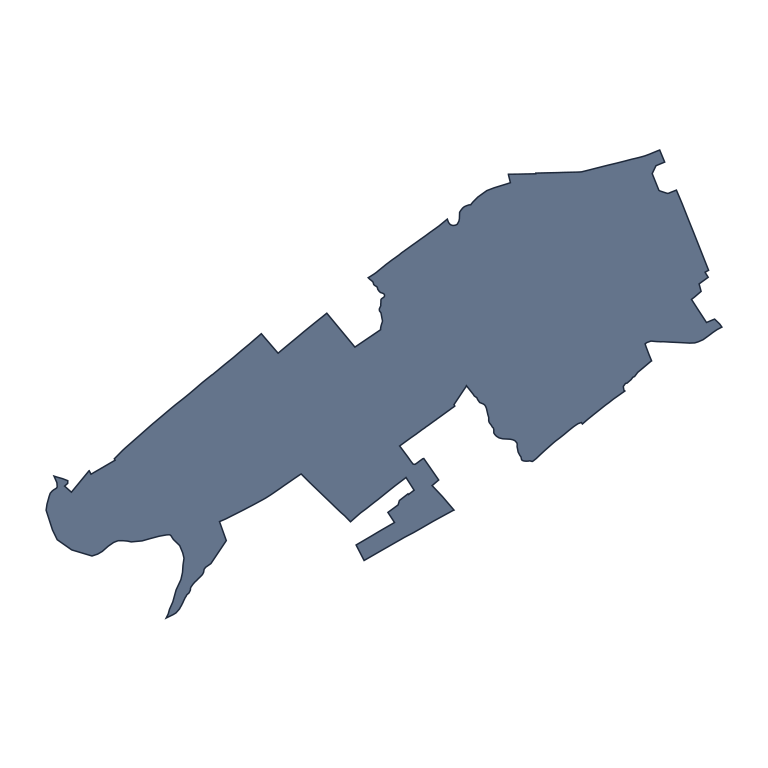 Clinceni, Ilfov, Romania
{"feature_id": "2599482B71461276901168", "entity_name": "Clinceni", "entity_type": "district", "adm_level": 2, "iso_a3": "ROU", "parent_name": "Romania", "parent_adm1": "Ilfov", "projection": "mercator", "projection_center": [25.929, 44.377], "detail": "fine", "context": "isolated", "style": "filled", "palette": "slate", "viewbox_px": 768, "rotation_deg": 0, "n_neighbors": 0, "source": "geoboundaries", "source_scale": "gbopen_adm2", "svg_char_len": 6106}
<svg xmlns="http://www.w3.org/2000/svg" viewBox="0 0 768 768"><path d="M54.0,476.1L56.9,482.7L57.2,486.8L56.6,488.0L55.4,488.8L53.7,489.8L52.1,491.1L50.2,493.3L49.1,496.5L47.0,504.1L46.1,510.2L52.5,530.0L57.2,539.7L71.7,549.9L92.0,556.0L97.7,554.1L102.3,551.4L108.2,546.2L113.7,542.4L118.1,540.7L123.1,540.7L127.5,541.1L131.2,541.9L142.1,540.9L150.5,538.5L159.2,536.2L166.6,534.9L168.3,534.8L169.8,534.8L171.0,535.7L172.1,537.5L173.4,539.5L176.1,542.1L179.7,545.6L182.7,552.8L184.0,558.2L183.0,565.1L182.5,572.5L180.9,579.6L176.1,589.9L172.8,601.9L169.5,609.3L168.2,614.0L166.2,618.0L173.2,614.6L176.0,612.9L179.6,608.8L180.5,607.0L181.4,605.6L182.0,604.3L182.9,602.6L183.7,600.7L184.5,599.1L185.0,598.0L185.4,597.3L186.0,596.5L186.6,595.1L187.7,594.0L188.7,593.3L189.2,592.5L189.8,591.3L190.4,590.0L190.5,588.2L190.9,587.2L191.5,586.3L192.9,584.3L194.9,582.0L196.6,580.5L198.1,578.9L200.6,576.5L202.4,574.6L203.6,572.3L204.1,569.3L205.6,567.3L210.9,563.6L226.3,540.6L219.5,521.6L223.3,520.0L225.1,519.2L225.6,519.0L231.5,516.0L235.9,513.8L243.8,509.8L247.2,508.0L252.6,505.2L262.4,499.9L265.6,498.1L270.5,495.0L273.6,492.9L280.7,488.0L283.9,485.7L290.2,481.4L294.2,478.6L300.4,474.4L301.2,474.0L309.9,482.7L333.1,505.0L334.2,506.1L340.9,512.5L344.6,515.7L350.5,521.8L355.8,517.1L360.6,512.9L366.3,508.7L370.3,505.5L374.6,502.1L377.8,499.7L388.8,490.8L395.2,485.7L405.8,477.7L406.0,477.5L412.2,487.2L414.1,490.2L408.5,494.5L408.0,493.8L399.4,500.5L398.1,504.9L387.9,512.4L394.5,522.5L389.5,525.4L382.9,529.2L377.6,532.3L371.6,535.9L358.1,543.8L356.1,545.0L364.1,560.5L379.9,551.4L383.4,549.4L391.8,544.6L395.8,542.3L399.9,540.0L404.2,537.5L407.6,535.7L413.4,532.7L420.6,528.6L430.6,522.8L433.2,521.3L446.0,514.3L447.1,513.7L449.0,512.7L452.8,510.6L454.0,510.1L442.4,496.5L432.1,485.6L438.7,480.0L423.8,458.5L422.7,458.8L420.2,460.6L417.0,463.0L415.7,463.9L415.2,464.3L414.2,464.3L413.1,464.1L411.2,461.7L407.6,456.6L403.7,451.4L400.9,447.6L399.6,446.0L411.4,437.4L412.3,436.8L413.7,435.8L416.2,434.1L417.6,433.0L418.3,432.5L419.3,431.8L420.2,431.1L420.9,430.6L421.2,430.3L421.9,429.8L422.7,429.3L423.2,428.9L424.0,428.4L424.7,427.9L425.4,427.4L425.9,426.9L427.3,426.0L429.3,424.6L430.1,424.0L431.0,423.3L431.4,423.1L432.5,422.2L433.3,421.7L434.5,420.8L435.2,420.3L436.3,419.6L437.2,418.8L438.2,418.1L438.4,418.0L447.5,411.4L449.2,410.2L450.0,409.6L451.2,408.7L452.0,408.1L452.8,407.6L454.8,406.1L454.0,404.6L464.4,389.0L465.8,387.0L466.4,385.7L467.3,386.8L473.2,394.3L474.3,396.0L476.8,397.7L477.7,399.7L479.7,402.5L483.3,404.0L484.6,404.9L485.5,406.2L486.4,408.3L487.9,414.8L488.7,417.4L488.7,420.8L489.2,422.4L489.8,423.3L490.6,424.3L491.6,425.7L492.3,427.0L493.3,427.9L493.8,429.5L493.8,432.9L494.8,434.5L496.4,436.2L499.1,437.9L502.7,438.8L510.1,439.2L512.6,439.7L514.8,440.6L516.8,442.8L517.2,444.0L517.1,446.8L517.7,449.7L518.1,452.0L519.7,455.1L521.0,457.0L521.5,459.5L522.2,460.4L524.0,461.0L526.2,461.2L528.3,461.1L529.7,460.8L532.2,461.5L533.0,461.1L536.2,458.6L540.8,454.2L544.8,450.5L553.5,442.8L555.4,441.2L559.8,437.9L564.2,434.4L569.2,430.2L572.2,427.8L574.0,426.4L576.2,424.9L578.0,423.7L579.1,423.3L581.3,422.5L582.4,424.0L587.7,419.4L595.1,413.4L595.4,413.2L605.4,405.2L609.0,402.6L613.4,399.1L617.1,396.5L624.9,391.0L624.6,390.7L624.0,390.5L623.4,387.2L623.4,386.3L625.5,383.4L627.1,383.1L631.2,379.5L632.8,377.3L634.6,376.5L637.7,372.4L643.8,367.3L650.9,361.3L651.6,360.9L648.9,354.3L646.0,346.6L645.1,343.9L646.7,342.6L650.9,341.1L652.5,341.2L653.3,341.3L656.8,341.6L659.8,341.7L660.2,341.8L662.9,341.7L665.0,341.8L669.7,342.1L674.1,342.3L682.4,342.7L688.2,343.0L689.4,343.1L694.8,342.9L698.3,341.8L703.1,339.7L705.6,337.9L706.7,337.1L711.3,333.7L711.7,333.4L712.4,332.8L717.1,329.6L721.9,327.1L719.7,324.0L714.6,319.1L712.4,320.0L706.5,322.5L698.0,309.5L691.5,299.4L694.6,297.0L701.1,291.4L699.1,283.9L708.2,277.3L705.5,273.0L705.1,272.2L708.6,270.3L693.2,231.4L689.2,221.5L682.2,203.8L680.1,198.8L676.4,190.1L670.3,192.5L668.8,193.2L667.9,193.3L667.4,193.4L660.1,191.0L658.9,190.3L652.2,173.6L656.0,165.7L664.7,162.1L659.7,150.0L659.2,150.2L656.9,151.1L651.8,153.2L649.4,154.2L646.7,155.2L644.8,155.9L642.0,156.7L639.0,157.5L635.3,158.4L632.2,159.1L629.1,159.9L625.0,161.0L616.7,163.1L608.7,165.0L604.3,166.1L598.4,167.6L595.6,168.3L592.9,169.0L590.2,169.7L584.2,171.2L583.3,171.4L581.8,171.8L580.8,171.9L579.4,172.0L577.2,172.1L563.5,172.4L557.8,172.6L548.8,172.8L535.8,173.1L535.8,173.8L523.4,174.0L519.8,174.1L512.3,174.2L508.4,174.2L508.4,174.6L510.4,182.7L507.1,183.8L500.9,185.7L494.1,187.8L486.8,190.6L483.6,192.9L477.9,197.0L473.1,201.8L471.1,204.2L470.8,204.8L470.1,204.8L468.9,204.9L466.3,205.8L464.3,206.7L462.6,208.1L460.8,210.4L459.6,212.3L459.4,218.7L458.9,221.2L457.2,224.3L455.4,225.2L453.0,225.5L451.4,225.1L450.0,224.3L448.5,222.4L447.3,219.1L438.8,226.1L429.7,232.6L425.0,236.1L421.0,238.9L417.7,241.3L413.9,244.0L412.2,245.2L401.6,252.8L399.1,254.9L392.2,259.8L386.1,264.4L377.4,271.5L376.4,272.4L376.2,272.5L374.4,273.8L373.0,274.7L370.5,276.3L368.2,277.7L369.4,278.9L369.8,279.3L371.1,280.3L372.7,281.7L373.2,282.6L373.7,284.5L374.6,285.4L375.3,285.8L376.8,286.7L377.4,287.7L377.7,289.2L378.9,291.0L380.4,292.5L382.0,293.0L383.1,293.4L384.3,294.3L384.5,295.1L384.5,295.9L384.4,296.4L383.8,297.2L382.9,297.8L381.5,298.8L381.0,299.5L380.9,300.7L380.9,302.4L380.7,304.5L380.8,305.7L379.4,308.7L379.3,309.6L379.5,310.9L380.2,311.8L381.0,313.0L382.0,318.5L382.5,320.9L382.3,322.0L381.7,323.7L381.1,325.7L380.8,327.1L380.6,328.1L380.6,329.7L354.9,347.1L326.8,313.2L314.2,323.3L304.1,331.5L297.8,336.8L282.1,349.8L278.1,353.2L277.8,352.9L261.3,333.7L257.2,337.3L254.7,339.4L249.1,344.3L248.2,345.0L243.0,349.3L242.0,350.1L233.4,357.5L224.7,364.5L212.4,374.7L211.9,374.9L202.5,382.4L195.2,388.7L189.8,393.3L185.9,396.5L181.9,399.7L175.5,404.7L170.3,409.0L163.8,414.5L154.8,422.1L153.2,423.4L151.7,424.7L150.3,425.9L147.6,428.3L139.0,435.9L125.2,448.0L122.6,450.4L116.9,456.2L114.3,458.8L115.1,460.2L91.0,474.2L89.2,470.7L89.0,470.8L71.4,492.2L64.6,486.1L67.7,483.4L67.8,480.7L62.7,478.7L56.4,476.9L54.0,476.1Z" fill="#64748b" stroke="#1e293b" stroke-width="1.5"/></svg>